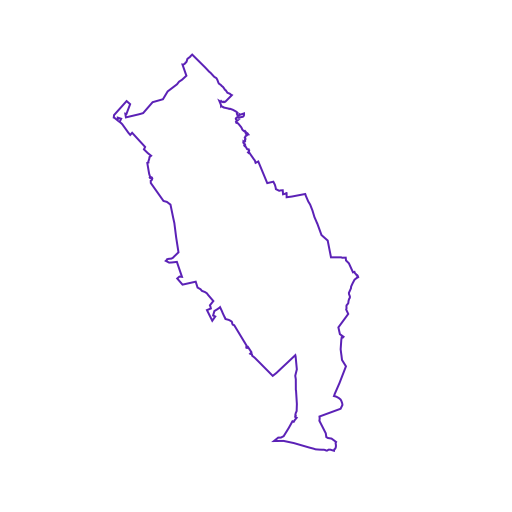 El Marqués, Querétaro, Mexico, rotated 155°
{"feature_id": "50627088B31267515785152", "entity_name": "El Marqués", "entity_type": "district", "adm_level": 2, "iso_a3": "MEX", "parent_name": "Mexico", "parent_adm1": "Querétaro", "projection": "equal_earth", "projection_center": [-100.296, 20.736], "detail": "fine", "context": "isolated", "style": "outline", "palette": "violet", "viewbox_px": 512, "rotation_deg": 155, "n_neighbors": 0, "source": "geoboundaries", "source_scale": "gbopen_adm2", "svg_char_len": 5883}
<svg xmlns="http://www.w3.org/2000/svg" viewBox="0 0 512 512"><g transform="rotate(155 256 256)"><path d="M279.6,53.3L276.3,51.7L275.2,50.8L274.6,50.0L273.8,49.6L272.0,49.8L270.4,49.0L267.6,46.5L266.8,47.6L265.7,47.9L264.8,48.6L263.9,49.9L263.4,51.1L262.9,52.9L262.0,53.6L264.7,58.6L267.8,60.7L268.8,62.2L267.7,65.8L268.1,77.3L268.2,79.9L267.9,80.2L267.6,80.8L266.9,82.0L266.3,83.7L243.9,81.8L240.6,84.5L240.1,86.3L239.9,88.5L240.0,90.2L241.0,92.3L242.6,94.5L244.5,96.1L243.8,96.7L243.3,97.4L234.1,105.5L221.1,118.0L222.0,125.4L220.6,129.7L220.0,131.7L218.7,135.7L214.1,144.0L212.9,145.8L212.8,145.7L212.4,145.5L211.8,145.7L211.7,145.6L211.4,145.9L211.0,145.7L210.8,145.8L213.0,149.7L211.5,156.5L196.9,164.5L196.9,169.4L196.1,170.3L195.3,172.2L194.8,173.0L192.5,174.1L192.0,174.7L191.8,175.1L191.6,175.4L191.5,175.6L191.1,176.2L189.8,177.7L188.6,178.5L188.0,179.7L187.8,182.2L187.4,183.3L183.6,186.6L182.7,188.1L180.0,190.4L176.7,192.9L174.1,193.5L172.7,193.6L172.9,194.1L173.1,194.2L172.8,194.5L172.2,194.6L172.3,195.6L172.6,195.6L172.7,196.1L173.0,196.5L172.9,196.7L173.0,197.1L173.5,198.4L173.6,199.2L173.5,200.0L175.0,200.2L174.9,210.1L176.3,213.9L175.4,216.6L178.6,218.0L179.4,218.8L188.6,223.1L184.5,239.7L187.8,247.3L186.7,259.9L186.8,260.0L186.7,261.9L186.6,266.5L185.6,273.4L185.2,279.7L185.6,283.3L185.4,289.9L185.2,290.7L185.2,291.4L198.3,294.7L203.4,296.3L201.7,300.1L201.8,300.2L203.3,300.1L205.4,300.5L204.0,304.3L206.1,305.1L207.4,305.3L209.7,308.2L209.2,310.0L208.8,312.4L208.8,313.4L208.9,316.0L215.0,317.3L214.9,319.6L214.0,340.7L217.0,340.6L216.9,341.6L216.7,342.4L216.8,343.7L217.0,344.3L218.5,353.0L219.0,352.9L218.9,352.8L219.1,352.7L219.2,353.3L218.8,353.4L218.8,353.5L218.1,353.8L218.0,354.2L217.7,354.5L217.8,354.6L217.7,354.9L217.6,355.8L218.1,356.0L218.4,356.1L218.7,356.4L218.9,356.7L219.0,357.2L219.0,358.2L219.1,358.9L219.3,359.5L219.8,360.3L219.9,361.0L218.9,361.2L218.9,361.4L219.1,361.3L219.6,364.1L218.9,365.3L218.5,364.6L217.9,364.4L217.7,364.4L217.3,364.7L217.3,365.0L217.0,365.5L216.9,365.8L216.7,366.3L216.5,366.5L216.2,366.4L216.0,366.7L216.0,367.0L215.9,367.5L216.0,367.7L216.1,367.9L215.7,368.1L215.6,368.4L215.3,368.7L215.1,368.9L214.5,369.0L213.9,369.3L213.5,369.2L213.3,369.4L213.1,369.5L213.0,369.4L212.8,369.4L212.5,369.4L212.3,369.4L212.0,369.5L211.6,369.4L211.9,370.8L213.1,370.6L213.2,371.2L213.4,371.2L213.4,371.6L213.2,371.6L213.3,371.9L212.9,372.0L213.2,373.2L213.0,373.3L213.2,373.6L213.2,373.9L213.4,373.9L213.6,374.2L214.0,374.1L214.2,374.4L214.9,376.0L215.0,377.0L214.9,377.3L214.9,377.9L215.0,379.1L215.9,382.7L216.5,384.3L217.0,384.7L217.5,384.9L217.5,385.0L217.3,385.0L217.4,385.5L217.4,386.1L215.3,386.7L215.6,386.8L215.9,387.1L216.1,387.3L216.3,387.7L216.4,388.3L216.3,388.8L216.3,389.0L216.0,389.3L214.6,389.7L214.2,389.5L213.8,388.9L213.5,388.7L213.0,388.4L212.5,388.3L211.4,388.3L209.4,387.8L208.7,387.8L207.9,388.2L207.3,388.8L206.9,389.6L206.6,390.3L210.4,390.7L211.0,391.5L211.4,390.8L211.6,390.7L212.3,390.4L213.3,391.4L213.2,392.2L213.3,392.9L213.2,393.1L212.3,393.6L212.4,394.1L213.2,395.6L215.2,398.3L217.4,400.5L217.8,400.6L218.1,400.6L218.2,400.9L221.4,403.4L222.3,404.0L223.1,405.0L222.9,405.0L223.9,406.3L224.1,406.9L224.3,406.8L224.2,407.1L224.0,407.3L223.9,408.1L223.8,409.7L223.7,412.0L222.8,410.6L222.1,411.1L222.0,410.8L221.1,409.6L220.0,409.5L219.9,408.9L218.6,408.8L209.9,412.0L210.7,413.1L211.0,413.8L211.1,414.1L212.9,416.0L213.4,419.0L213.8,419.6L214.0,420.0L214.0,420.9L214.2,421.6L214.2,422.2L214.4,422.7L214.5,423.3L215.1,424.4L215.2,424.5L215.5,425.7L216.1,426.8L216.3,427.2L216.5,427.4L216.8,428.1L216.8,428.7L216.8,429.3L216.6,431.8L216.7,433.7L216.9,434.2L217.8,435.5L218.2,436.2L219.8,441.3L220.6,442.9L221.5,445.7L222.4,448.4L228.7,465.5L230.8,464.8L231.4,464.4L234.7,463.7L234.9,463.6L236.7,461.6L237.3,461.1L237.6,461.0L238.1,461.1L238.8,460.5L239.7,460.3L241.0,460.2L241.7,460.6L242.0,457.8L242.9,448.8L248.6,447.0L252.1,446.5L255.0,445.0L266.5,442.5L273.8,437.6L274.1,437.4L284.7,439.1L297.9,433.2L300.5,433.6L302.7,434.0L315.3,436.6L314.3,440.2L313.4,439.5L305.9,446.8L307.8,451.1L325.1,443.7L326.4,441.6L325.9,441.1L324.0,437.2L322.8,439.8L320.2,437.4L322.9,435.2L321.8,432.8L321.5,431.8L319.9,423.4L319.6,421.7L318.8,418.9L316.2,420.0L310.4,401.7L312.5,400.0L310.6,395.0L308.7,391.2L310.7,390.7L311.6,389.3L313.9,386.8L314.0,386.2L315.2,386.3L318.1,375.7L318.6,371.9L319.1,371.8L319.0,371.4L318.7,371.3L317.8,371.2L317.7,371.7L317.2,371.1L317.2,370.1L318.2,369.0L319.6,368.7L320.5,366.6L317.8,351.7L316.6,345.0L313.9,342.7L311.8,338.7L314.8,326.1L316.1,320.3L320.5,306.6L324.7,292.1L330.5,290.1L332.0,289.5L333.8,289.4L336.6,290.4L338.0,290.6L338.3,290.2L339.8,289.7L337.5,286.7L335.0,285.7L330.2,284.1L331.9,268.4L334.1,269.7L336.9,268.9L334.7,261.1L321.5,258.2L322.3,252.1L320.3,249.3L319.8,247.3L317.5,244.9L316.3,243.0L315.8,240.7L313.7,233.2L318.6,230.8L318.7,229.4L319.1,227.5L323.3,227.7L323.0,215.8L318.5,218.4L320.0,220.2L317.0,223.7L313.5,224.1L311.8,224.4L310.7,224.6L310.2,224.8L310.2,220.3L310.3,218.3L310.3,212.9L310.2,212.9L310.3,211.8L307.7,209.6L306.6,208.2L305.8,206.9L305.7,206.5L305.8,205.7L306.1,204.9L306.1,203.8L306.1,203.6L305.7,203.2L305.3,202.7L305.0,202.5L302.4,178.4L302.9,178.1L303.3,177.6L303.5,176.9L302.9,176.4L302.5,176.3L302.3,176.4L302.1,176.7L301.7,176.8L300.8,170.7L301.1,170.5L302.6,169.9L302.4,169.6L301.9,169.4L301.4,168.8L301.2,168.6L301.4,168.3L301.5,167.7L301.5,166.8L301.4,166.7L301.0,166.1L300.1,164.2L291.5,140.3L287.2,141.3L262.3,149.5L262.6,148.1L266.9,136.0L269.5,132.8L271.0,130.9L271.3,130.0L272.0,127.5L276.3,118.2L276.5,117.7L276.6,117.1L281.5,104.6L284.7,98.3L286.4,96.8L287.6,95.2L287.4,94.7L288.5,93.7L287.5,92.2L290.1,91.0L291.9,89.8L292.8,90.8L299.0,86.3L307.1,81.0L310.2,80.9L312.6,82.0L317.9,80.7L309.2,76.8L300.8,70.5L288.8,60.0L285.3,57.1L283.7,55.6L279.6,53.3Z" fill="none" stroke="#5b21b6" stroke-width="2"/></g></svg>